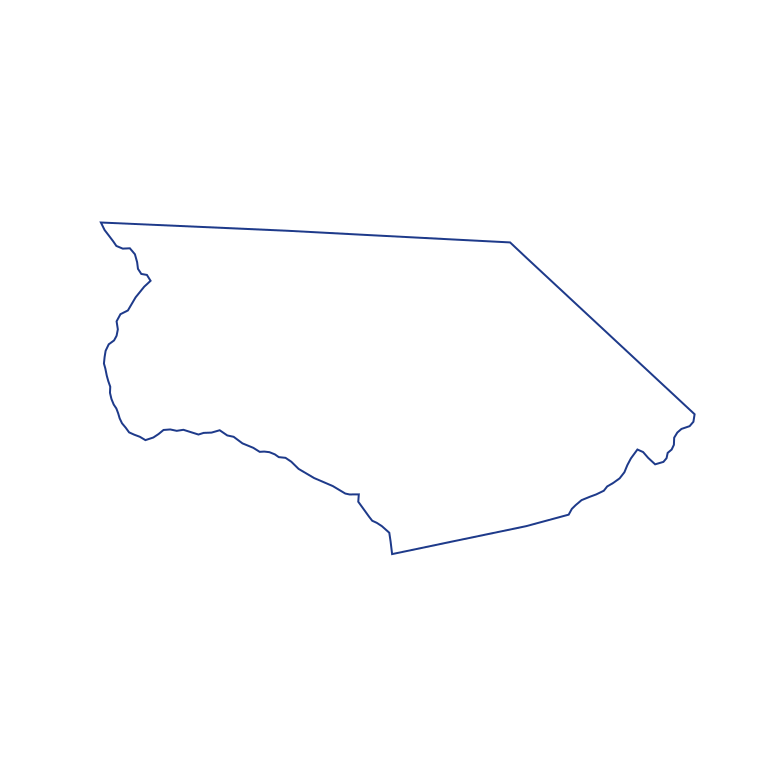 the district of Jatobá, Maranhão, Brazil, rotated 12°
{"feature_id": "56859067B81444589924513", "entity_name": "Jatobá", "entity_type": "district", "adm_level": 2, "iso_a3": "BRA", "parent_name": "Brazil", "parent_adm1": "Maranhão", "projection": "robinson", "projection_center": [-44.329, -5.859], "detail": "fine", "context": "isolated", "style": "outline", "palette": "blue", "viewbox_px": 768, "rotation_deg": 12, "n_neighbors": 0, "source": "geoboundaries", "source_scale": "gbopen_adm2", "svg_char_len": 1516}
<svg xmlns="http://www.w3.org/2000/svg" viewBox="0 0 768 768"><g transform="rotate(12 384 384)"><path d="M694.1,349.0L497.0,230.9L477.9,219.3L422.0,228.2L333.1,242.3L257.6,254.2L251.0,255.3L73.5,284.9L78.7,291.5L84.2,296.2L89.5,300.8L93.5,304.6L100.3,305.9L107.2,304.1L113.4,308.9L117.2,316.2L119.4,322.5L123.7,326.8L129.4,326.6L134.2,331.6L129.2,338.7L123.0,350.9L118.2,365.3L111.7,370.5L109.4,378.3L112.3,385.9L112.4,392.4L110.9,397.5L106.5,402.4L104.8,409.4L105.1,415.7L105.8,422.2L108.2,426.8L111.1,433.5L113.7,438.5L116.8,443.6L117.8,449.6L120.5,455.3L123.9,460.3L127.3,463.6L130.1,468.0L132.6,472.6L135.9,476.9L140.5,480.5L144.7,484.3L150.2,485.5L156.2,486.4L162.3,488.5L169.5,484.3L173.9,479.8L177.9,474.8L184.4,472.9L191.0,472.9L197.3,470.5L213.0,472.0L217.8,469.3L225.4,467.4L232.9,463.4L241.4,466.9L247.9,466.9L257.9,471.5L269.4,473.6L276.5,476.2L280.9,475.0L286.1,474.5L291.8,475.5L296.3,477.4L303.0,476.7L309.5,479.3L318.1,484.8L335.1,490.5L355.2,494.5L368.9,499.2L373.3,499.2L382.3,497.2L383.3,504.5L397.1,517.0L400.9,520.2L405.8,521.3L411.5,523.5L420.1,528.4L423.2,536.7L427.3,548.7L484.6,523.4L552.6,493.5L591.8,473.4L593.7,467.1L596.6,462.7L601.4,456.5L608.8,451.5L614.5,447.9L621.2,442.7L623.6,437.8L628.6,433.3L634.1,427.3L637.5,420.3L638.9,412.7L641.0,405.4L645.5,395.4L651.6,396.7L657.7,401.3L665.9,406.2L673.5,402.1L675.8,397.8L675.8,392.4L679.0,388.3L680.2,383.2L679.0,376.2L681.0,370.5L684.3,366.1L691.7,361.7L694.5,356.6L694.1,349.0Z" fill="none" stroke="#1e3a8a" stroke-width="2"/></g></svg>